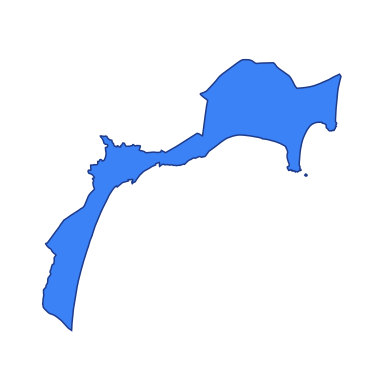 outline of Phan Thiet, Bình Thuận, Vietnam, rotated 355°
{"feature_id": "81297802B56109009945364", "entity_name": "Phan Thiet", "entity_type": "district", "adm_level": 2, "iso_a3": "VNM", "parent_name": "Vietnam", "parent_adm1": "Bình Thuận", "projection": "robinson", "projection_center": [108.172, 10.903], "detail": "fine", "context": "isolated", "style": "filled", "palette": "blue", "viewbox_px": 384, "rotation_deg": 355, "n_neighbors": 0, "source": "geoboundaries", "source_scale": "gbopen_adm2", "svg_char_len": 5974}
<svg xmlns="http://www.w3.org/2000/svg" viewBox="0 0 384 384"><g transform="rotate(355 192 192)"><path d="M258.3,65.0L254.3,64.6L252.1,65.3L249.0,67.0L232.8,76.9L230.4,78.6L228.5,80.2L225.8,83.1L223.0,85.8L215.3,92.7L212.3,93.9L209.1,94.7L208.8,95.2L209.2,95.9L211.6,98.4L215.6,102.1L214.1,107.3L212.1,115.8L207.5,136.6L207.2,137.0L203.6,134.4L202.4,134.1L202.0,134.1L181.2,144.9L169.1,150.5L165.1,147.9L164.3,149.4L162.5,149.7L160.3,149.5L157.2,148.9L149.8,148.9L149.0,148.5L148.0,147.6L146.5,146.9L143.3,145.9L143.1,145.6L143.1,145.2L144.5,142.4L144.5,141.7L144.1,141.3L141.0,140.9L139.9,141.1L139.0,141.0L137.8,139.8L137.4,139.6L137.1,139.7L136.5,140.6L135.0,140.7L134.2,141.0L130.3,140.7L130.2,140.6L129.7,139.8L129.0,137.9L128.6,137.4L127.8,137.2L127.1,137.3L126.7,138.4L126.1,139.1L125.3,139.4L124.7,141.0L124.0,141.0L122.9,140.1L122.0,139.5L121.4,139.6L121.3,140.2L121.2,140.4L120.4,140.4L118.5,139.1L118.1,138.3L118.2,137.9L118.0,137.0L116.9,135.5L116.6,133.4L114.7,132.9L113.8,132.2L113.2,131.6L112.6,130.7L112.1,129.5L111.8,129.1L111.0,128.8L109.1,128.9L106.2,128.2L105.6,128.2L105.6,128.7L105.9,129.2L106.7,130.2L107.6,131.7L108.4,134.4L108.6,135.7L108.9,136.1L109.7,136.8L111.6,137.3L111.9,137.6L112.1,137.9L112.0,138.7L111.5,139.8L111.2,140.0L110.1,140.0L109.6,140.3L109.6,143.4L109.8,145.0L109.8,146.5L108.9,149.6L107.6,152.2L107.2,152.7L106.7,153.0L105.3,153.3L104.9,152.4L104.4,151.9L104.1,151.7L103.3,151.7L102.9,152.0L101.5,153.8L101.1,153.8L100.7,153.6L100.7,155.0L100.5,155.5L100.1,156.2L99.2,156.6L96.8,156.2L95.3,156.6L93.7,156.3L93.4,156.4L93.3,157.4L93.3,160.4L93.1,161.3L92.8,161.6L91.1,161.2L90.8,161.3L90.3,162.0L90.3,162.4L90.4,163.3L90.8,164.2L91.1,164.5L92.9,165.2L93.8,165.8L94.8,166.8L96.0,169.1L95.8,169.4L94.2,169.8L94.0,170.1L94.0,170.3L94.7,171.1L95.0,171.8L94.9,172.4L94.2,173.7L94.1,175.0L94.2,176.5L94.5,178.4L95.0,179.8L95.1,180.4L94.7,181.0L90.8,184.3L88.9,186.4L88.2,187.5L84.1,195.5L82.6,197.5L81.4,198.3L79.9,198.9L78.0,200.1L69.1,204.8L63.6,208.0L62.1,208.7L58.7,212.5L56.5,215.4L52.2,220.2L45.9,227.4L43.4,230.2L42.7,230.4L42.1,230.4L41.7,230.7L41.8,231.3L43.4,233.8L45.0,235.5L46.3,236.4L47.1,237.9L47.5,239.0L48.9,240.8L50.4,242.2L51.0,243.1L49.4,244.9L48.9,245.7L48.8,248.6L48.1,251.4L47.9,251.8L46.9,252.0L46.4,252.4L45.7,253.9L44.8,256.6L43.9,258.1L43.6,259.4L44.1,260.9L44.0,261.9L41.3,264.9L40.8,266.2L40.3,269.2L40.0,270.2L38.4,272.6L38.2,273.9L37.9,274.2L37.5,274.7L35.7,276.3L35.5,276.9L35.3,279.6L35.3,281.9L34.2,286.3L34.0,288.5L33.6,289.7L33.5,290.8L33.8,292.5L33.7,293.6L35.0,295.8L37.9,299.1L38.9,300.1L39.9,300.8L43.3,302.3L45.8,304.1L50.1,308.1L51.6,309.9L56.0,315.7L57.2,317.1L60.0,319.4L60.4,316.9L60.9,312.9L63.8,297.7L64.9,293.6L69.6,275.2L70.2,273.6L70.8,271.3L74.6,260.4L78.2,250.9L82.7,240.0L83.9,237.4L86.3,231.3L88.8,226.4L89.5,224.5L92.4,217.7L98.8,205.4L101.8,200.1L107.0,191.7L109.1,188.0L112.7,183.3L114.1,181.8L115.4,180.5L117.0,179.4L117.4,179.5L117.9,180.5L123.5,176.6L129.6,175.4L129.4,174.5L129.4,174.3L129.5,174.1L130.9,174.2L131.1,174.4L131.7,174.4L131.7,174.2L133.4,174.2L133.9,174.3L134.2,174.6L133.6,176.2L133.2,176.1L132.9,176.9L132.9,177.4L133.2,178.5L133.4,178.5L134.2,177.5L135.0,177.2L135.6,177.2L136.4,176.7L136.8,176.2L137.6,175.0L141.4,170.7L145.5,167.4L147.0,166.6L151.3,164.7L154.3,163.1L158.1,161.9L158.1,161.1L158.3,160.8L159.5,160.3L161.9,159.7L162.3,160.7L161.9,161.3L161.9,163.4L162.0,163.7L163.6,162.6L164.9,162.0L166.2,161.8L167.0,162.5L170.2,162.6L171.8,163.2L174.2,163.1L175.9,163.9L177.4,163.9L178.6,164.4L181.1,164.2L182.2,164.4L186.1,163.5L187.1,163.8L187.2,163.7L187.4,163.3L188.7,162.4L190.5,160.9L192.0,160.0L192.7,159.7L193.6,159.6L195.8,158.4L197.1,158.3L198.2,158.6L198.9,158.5L202.1,157.3L203.3,157.5L204.0,158.0L204.6,158.2L205.5,157.9L205.7,158.1L206.0,158.1L206.2,157.9L206.8,157.7L207.7,157.9L208.7,157.2L211.6,153.8L212.7,152.7L218.7,149.1L225.8,144.5L229.9,142.2L232.0,141.3L237.7,139.8L242.0,139.3L243.8,139.3L247.7,139.7L254.9,141.2L263.5,143.5L266.1,144.5L266.9,145.2L267.2,145.3L268.3,145.4L272.2,146.4L279.8,149.2L284.1,151.3L288.4,154.1L289.2,154.9L289.6,155.7L289.4,155.8L289.4,156.0L289.9,157.0L290.7,159.5L290.7,161.3L290.6,161.7L290.0,162.9L290.0,163.7L289.8,165.2L289.8,166.5L290.6,170.5L290.9,171.3L291.3,173.2L290.9,174.6L290.1,175.1L289.7,175.0L289.3,175.2L289.1,175.6L289.0,176.2L289.1,176.5L289.5,177.2L289.5,177.5L289.8,177.8L290.2,178.9L291.8,178.9L292.4,178.4L292.7,178.8L292.9,178.7L293.3,178.9L293.5,179.5L293.8,179.2L294.1,179.2L294.3,179.3L294.4,179.7L294.8,179.7L294.8,180.0L295.9,179.8L296.1,180.0L296.5,180.2L296.4,180.7L296.5,180.9L296.8,181.1L297.3,180.8L298.6,180.9L298.8,180.8L299.0,180.8L298.9,181.1L299.0,181.2L299.4,180.9L300.2,180.6L300.9,179.9L302.0,180.1L302.3,180.0L302.5,179.8L302.4,179.0L302.0,178.8L301.7,178.2L301.4,178.1L301.8,176.3L301.2,174.8L301.4,172.3L302.9,163.1L303.9,158.6L305.6,152.7L307.3,148.3L309.7,143.9L312.4,139.8L315.0,136.8L316.1,135.9L317.8,134.8L321.0,133.7L323.7,133.5L326.9,133.8L327.5,134.0L327.8,134.8L329.2,135.2L330.3,135.7L331.2,136.6L331.6,137.3L331.4,137.8L331.4,139.7L332.8,141.1L333.0,141.7L334.0,142.9L334.9,143.2L335.8,143.1L336.2,143.3L337.0,142.8L337.4,143.0L337.6,142.8L338.1,143.0L338.3,142.8L338.6,143.0L338.9,142.9L339.1,142.8L339.3,142.1L339.5,142.0L339.7,141.6L340.2,141.3L340.3,140.6L340.7,140.1L340.6,139.8L340.8,139.5L341.5,139.1L341.2,138.5L341.1,137.8L341.6,137.3L342.1,136.2L342.0,135.8L341.5,135.3L341.2,134.6L341.2,132.8L341.5,130.5L342.7,122.0L345.8,105.1L346.7,101.2L349.1,93.7L350.5,89.8L349.2,87.5L342.5,90.0L338.1,92.0L328.3,95.3L323.2,96.7L319.2,97.4L315.5,97.7L310.4,97.9L305.6,97.8L304.8,96.8L303.6,94.7L301.7,89.9L300.0,86.5L298.7,84.6L289.3,76.6L287.5,74.7L285.5,71.5L284.6,70.5L283.6,70.3L271.9,69.6L267.8,69.6L266.2,69.1L263.1,66.4L260.5,65.3L258.3,65.0ZM307.2,186.1L308.0,185.7L308.1,185.1L307.8,184.8L307.3,184.6L307.0,184.0L306.7,184.0L306.0,184.8L305.8,185.2L306.6,186.0L307.2,186.1Z" fill="#3b82f6" stroke="#1e3a8a" stroke-width="1.5"/></g></svg>